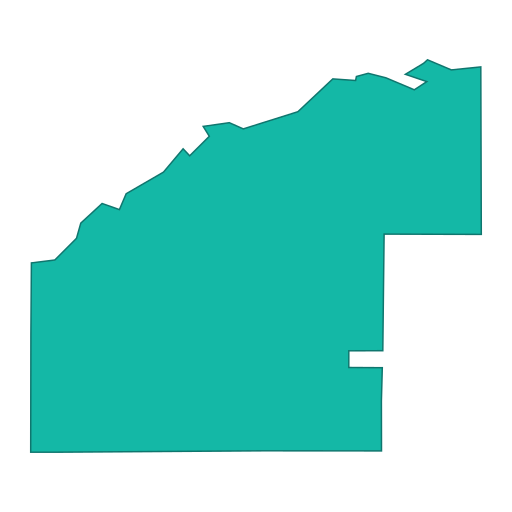 Jeff Davis, Georgia, United States of America
{"feature_id": "52423323B63822520478885", "entity_name": "Jeff Davis", "entity_type": "district", "adm_level": 2, "iso_a3": "USA", "parent_name": "United States of America", "parent_adm1": "Georgia", "projection": "albers", "projection_center": [-82.62, 31.822], "detail": "fine", "context": "isolated", "style": "filled", "palette": "teal", "viewbox_px": 512, "rotation_deg": 0, "n_neighbors": 0, "source": "geoboundaries", "source_scale": "gbopen_adm2", "svg_char_len": 593}
<svg xmlns="http://www.w3.org/2000/svg" viewBox="0 0 512 512"><path d="M263.6,450.8L381.5,450.9L381.4,400.9L382.3,367.7L348.8,367.5L348.8,350.8L382.8,350.7L384.1,234.1L481.3,234.4L480.8,66.9L451.3,69.9L427.5,59.8L423.6,63.3L405.4,74.3L426.8,81.6L414.3,89.8L385.9,77.8L368.2,73.3L356.4,76.5L355.6,80.5L332.8,78.9L297.9,111.7L243.3,128.9L229.3,122.7L203.2,126.4L209.3,136.3L189.7,155.8L183.1,148.8L163.5,172.1L126.2,193.7L119.4,209.6L102.1,203.5L80.8,223.1L76.5,238.3L54.8,260.0L31.4,262.9L30.9,334.0L30.7,452.2L55.9,452.2L263.6,450.8Z" fill="#14b8a6" stroke="#0f766e" stroke-width="1.5"/></svg>